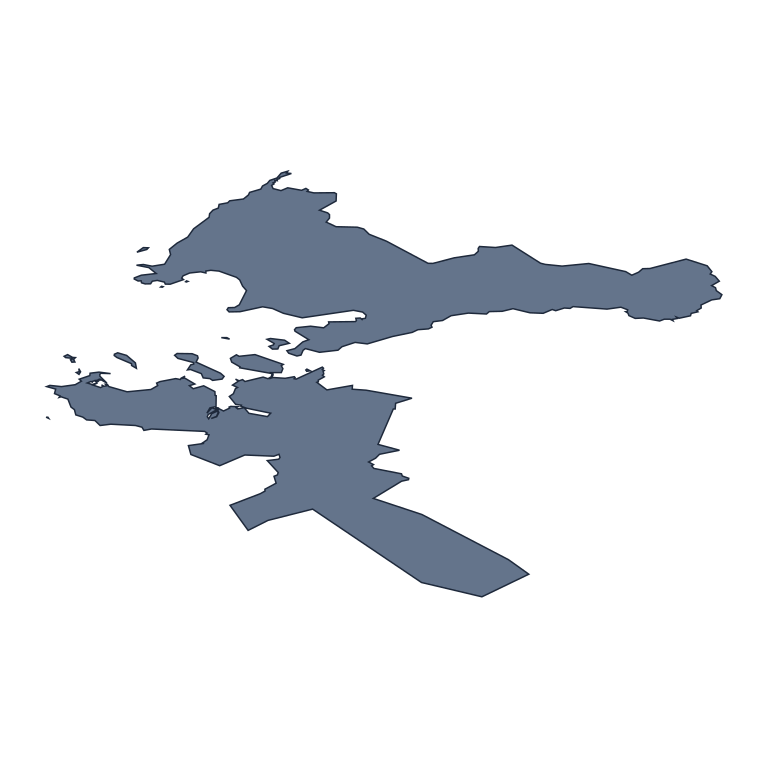 Reykjavíkurborg, Reykjavík, Iceland
{"feature_id": "244011B48219786980381", "entity_name": "Reykjavíkurborg", "entity_type": "district", "adm_level": 2, "iso_a3": "ISL", "parent_name": "Iceland", "parent_adm1": "Reykjavík", "projection": "equal_earth", "projection_center": [-21.784, 64.152], "detail": "fine", "context": "isolated", "style": "filled", "palette": "slate", "viewbox_px": 768, "rotation_deg": 0, "n_neighbors": 0, "source": "geoboundaries", "source_scale": "gbopen_adm2", "svg_char_len": 6073}
<svg xmlns="http://www.w3.org/2000/svg" viewBox="0 0 768 768"><path d="M715.2,276.4L710.2,274.0L711.9,271.7L707.2,265.8L686.1,259.1L650.0,268.5L642.7,268.7L638.6,272.2L631.8,275.2L625.7,271.6L588.8,263.5L562.1,266.1L545.3,264.4L540.5,263.2L512.0,245.1L495.5,247.5L479.5,246.5L478.2,248.4L478.3,251.3L474.4,254.8L454.3,257.8L432.9,263.4L428.0,263.3L386.5,241.2L369.2,234.3L363.8,229.0L357.3,227.2L336.0,226.7L326.2,222.1L329.5,218.1L329.5,214.6L327.7,212.9L319.5,210.2L336.1,201.0L336.4,193.8L334.4,192.7L313.9,192.9L307.1,191.4L308.4,190.0L305.9,188.4L301.6,190.3L287.7,187.8L281.0,190.6L273.1,188.6L271.6,185.4L274.0,183.9L273.0,182.9L275.2,182.0L274.8,180.5L277.3,180.7L277.0,179.5L279.7,178.5L279.4,177.5L291.4,173.5L286.5,173.0L287.8,171.2L281.2,173.1L276.9,178.0L269.8,180.4L267.3,183.4L262.5,186.0L260.8,189.1L249.6,192.4L248.4,195.0L243.4,199.0L229.7,200.8L227.7,202.8L219.1,204.4L218.3,208.1L213.0,210.1L209.6,213.7L209.1,217.3L193.6,228.8L187.7,237.1L177.1,243.1L169.3,249.4L170.6,254.6L164.6,264.2L152.2,266.2L143.3,264.5L136.5,265.2L148.8,267.6L156.2,273.5L141.3,275.2L134.3,277.9L134.2,279.0L138.1,281.0L141.1,280.8L141.5,282.8L145.1,283.9L150.6,283.8L152.3,281.2L157.3,280.4L164.4,282.1L165.3,284.1L170.2,284.2L183.5,279.6L181.7,278.1L183.1,275.8L189.7,273.0L200.7,271.8L205.9,273.0L205.9,271.0L210.8,270.3L219.0,271.1L236.4,277.3L239.7,279.9L242.6,286.1L246.5,290.6L239.3,304.8L234.7,307.5L228.3,307.7L227.0,309.7L229.1,311.9L240.0,311.7L262.6,306.8L272.5,308.5L283.4,313.3L302.2,317.8L353.4,310.3L362.7,312.1L366.2,315.2L365.4,318.3L361.4,318.9L362.7,320.1L360.3,318.0L355.8,318.3L356.4,320.6L355.4,321.6L328.6,321.9L329.0,323.7L323.7,327.8L310.6,326.2L296.2,327.7L294.5,329.7L295.0,331.2L308.8,339.7L302.8,341.9L294.9,348.6L286.9,350.7L288.7,353.2L296.9,356.0L301.0,355.1L303.1,350.3L305.4,348.6L319.5,352.3L338.0,350.2L342.0,346.7L355.1,342.4L367.3,343.9L392.5,336.5L412.2,332.4L417.9,329.7L428.4,328.9L432.0,327.2L431.1,325.2L433.3,321.7L442.6,320.5L451.1,315.7L468.4,313.1L486.5,314.0L489.3,311.6L502.2,311.3L513.0,308.7L530.0,312.8L543.2,313.3L552.2,309.5L555.7,310.7L564.4,308.0L570.1,308.4L573.0,306.6L607.0,309.1L620.9,307.2L627.7,309.8L627.3,311.5L625.7,311.7L628.0,313.2L628.9,315.6L635.2,318.4L643.3,318.0L659.6,321.0L664.3,319.2L670.0,319.2L673.0,320.7L672.3,319.4L677.3,318.5L676.2,317.0L679.3,318.2L690.5,315.8L691.2,313.4L697.9,311.8L696.7,310.7L701.2,308.0L701.0,305.0L711.7,299.9L719.8,298.7L721.9,294.7L716.3,290.6L715.5,287.7L711.6,285.6L719.3,281.2L715.2,276.4ZM322.3,367.1L296.2,379.1L294.2,378.7L295.1,377.6L294.3,376.7L285.2,378.3L272.9,377.5L269.2,378.8L271.8,377.4L273.1,374.9L272.9,373.7L271.4,372.6L281.3,372.6L282.9,368.7L281.3,365.7L283.3,364.4L255.0,354.6L239.1,356.3L236.4,354.8L230.4,358.4L231.7,362.1L240.1,366.9L239.7,367.8L272.2,373.6L271.2,376.8L268.0,378.7L263.1,377.1L244.9,381.5L242.6,379.6L239.1,380.8L235.5,379.1L238.4,381.2L232.5,385.1L237.5,387.5L235.4,388.7L233.4,393.7L229.3,396.5L235.6,404.3L241.4,405.2L240.9,406.2L246.5,408.2L270.7,413.2L267.4,416.6L248.9,413.3L244.2,407.7L237.7,408.9L236.2,407.7L237.9,406.7L230.7,406.4L229.1,407.1L229.6,408.1L223.5,411.0L218.8,408.6L217.8,410.3L218.9,412.6L216.7,416.7L211.2,418.5L216.5,416.4L218.3,412.3L217.1,411.2L211.8,413.6L208.7,418.8L207.3,416.8L208.2,414.5L216.3,410.0L218.0,407.9L215.3,407.4L217.0,408.3L216.0,409.3L211.9,407.8L206.9,413.2L209.9,407.9L216.0,406.6L216.2,395.7L215.1,395.4L214.9,391.6L203.7,385.8L193.2,388.7L189.4,385.7L194.8,384.0L184.8,378.1L181.8,378.4L185.1,376.1L181.1,378.2L180.3,379.5L175.7,378.6L160.0,381.6L156.6,383.1L157.7,385.6L150.9,389.5L127.1,391.8L108.9,386.6L107.3,384.3L105.5,384.3L107.1,385.7L104.0,386.3L101.5,384.8L103.3,386.2L100.6,387.6L93.0,385.1L97.6,382.9L92.2,384.5L87.2,383.0L90.9,381.5L92.9,382.4L91.9,381.6L94.6,380.7L96.3,382.0L97.9,381.5L96.3,380.4L99.8,380.1L98.9,379.4L99.9,379.1L106.9,383.1L99.9,376.2L99.8,374.4L100.8,373.3L110.6,373.6L99.0,372.1L90.1,373.2L89.8,375.6L79.2,379.2L81.4,381.2L75.2,384.7L61.5,386.6L49.8,385.4L46.7,386.6L55.7,389.1L54.5,393.6L60.1,395.9L59.1,397.4L61.1,396.8L67.9,399.1L71.0,407.1L74.4,409.6L75.8,414.9L82.8,417.1L86.6,419.9L94.9,420.5L100.1,425.5L110.8,424.2L135.5,425.5L142.0,427.2L143.9,430.4L151.5,429.0L204.7,431.4L207.0,433.0L205.8,434.2L209.0,434.8L207.1,439.8L202.4,443.0L204.1,443.4L188.4,445.6L190.9,454.5L219.7,465.7L244.8,455.0L273.9,456.2L279.0,454.3L280.0,457.5L278.7,459.2L267.3,460.6L278.2,472.5L277.4,474.9L274.0,476.3L276.1,483.2L264.9,489.2L265.0,491.1L260.0,493.8L230.0,505.3L248.1,530.4L268.0,520.4L312.6,509.1L421.5,582.5L481.9,596.8L528.8,574.2L508.5,559.7L421.9,514.5L373.3,498.4L401.6,481.2L408.5,479.7L408.8,478.3L402.3,476.0L401.5,473.8L373.8,468.4L371.6,465.8L373.5,464.6L368.6,462.0L375.6,458.2L379.5,454.3L399.5,450.2L378.0,444.4L393.3,409.0L395.2,409.0L395.6,403.3L412.0,398.2L366.2,390.2L352.2,389.2L352.5,385.4L326.9,389.9L316.8,382.3L318.4,381.7L318.2,380.2L324.3,376.8L322.4,375.2L323.8,373.9L323.1,371.3L324.2,370.6L322.3,369.6L323.5,368.2L322.3,367.1ZM177.1,353.5L174.6,355.3L177.9,358.4L193.7,362.6L193.7,364.1L190.8,364.8L187.4,369.9L190.5,369.5L201.3,373.6L203.2,377.9L209.9,378.6L212.6,380.4L222.1,379.1L224.1,376.4L220.5,373.2L196.1,362.1L198.1,358.0L197.5,355.8L192.1,353.7L177.1,353.5ZM270.4,338.5L267.0,339.3L274.2,343.5L273.4,344.9L269.0,346.4L272.4,349.1L277.8,349.0L279.2,345.7L289.3,343.3L284.6,340.2L270.4,338.5ZM136.4,368.3L135.4,362.9L126.6,355.4L117.7,352.8L114.4,354.2L114.2,355.5L116.9,357.5L131.5,363.7L131.6,365.5L136.4,368.3ZM72.6,357.4L67.6,354.6L64.1,356.3L65.6,357.6L72.0,358.3L72.5,359.0L70.5,359.8L71.9,362.2L74.9,362.0L73.6,359.4L75.4,357.6L72.6,357.4ZM148.4,247.8L143.3,247.6L136.9,252.2L146.8,249.5L148.4,247.8ZM226.8,337.6L221.3,337.6L229.6,339.1L226.8,337.6ZM80.6,371.8L78.8,368.6L79.3,371.6L76.3,372.5L79.0,374.4L80.6,371.8ZM310.2,370.8L306.9,369.1L305.8,370.0L306.7,371.3L310.2,370.8ZM163.1,286.7L161.6,286.3L160.7,287.0L162.4,287.2L163.1,286.7ZM187.9,281.4L186.5,280.9L185.6,281.7L186.4,282.0L187.9,281.4ZM47.9,417.2L46.1,417.2L48.7,418.4L47.9,417.2Z" fill="#64748b" stroke="#1e293b" stroke-width="1.5"/></svg>